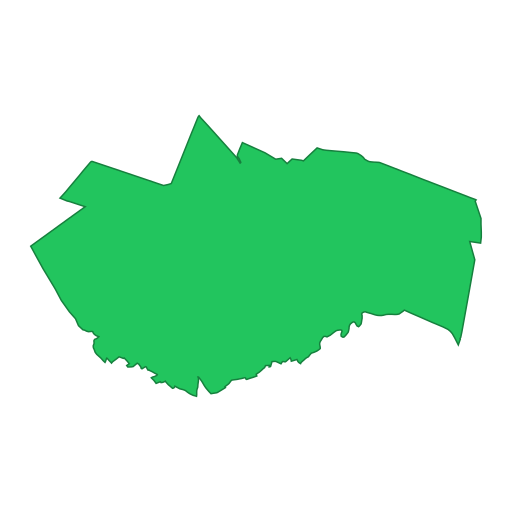 outline of Horodnic De Jos, Suceava, Romania
{"feature_id": "2599482B73585952191723", "entity_name": "Horodnic De Jos", "entity_type": "district", "adm_level": 2, "iso_a3": "ROU", "parent_name": "Romania", "parent_adm1": "Suceava", "projection": "mercator", "projection_center": [25.836, 47.87], "detail": "fine", "context": "isolated", "style": "filled", "palette": "green", "viewbox_px": 512, "rotation_deg": 0, "n_neighbors": 0, "source": "geoboundaries", "source_scale": "gbopen_adm2", "svg_char_len": 4798}
<svg xmlns="http://www.w3.org/2000/svg" viewBox="0 0 512 512"><path d="M480.6,243.1L481.3,237.2L481.3,232.1L481.0,224.3L481.0,218.5L475.2,201.2L475.6,200.5L476.1,199.9L475.1,199.4L469.9,197.5L450.8,190.1L443.6,187.3L422.7,179.3L411.6,174.9L401.2,170.9L388.4,165.9L386.6,165.2L380.6,162.9L379.2,162.4L375.8,162.2L373.6,162.1L370.5,161.8L368.9,161.5L367.2,160.7L365.3,159.6L364.5,159.1L364.0,158.3L363.3,157.4L361.2,155.6L358.0,153.6L356.6,153.1L355.9,153.0L351.8,152.6L343.1,151.7L334.5,151.0L326.5,150.3L324.2,150.0L322.5,149.7L320.4,149.0L317.1,147.9L310.7,153.9L303.4,160.9L301.6,160.3L292.1,159.0L290.1,160.8L287.1,163.6L281.6,158.3L275.7,159.2L265.0,152.8L242.4,142.6L239.8,148.7L237.4,154.9L237.3,155.8L237.5,156.4L238.2,157.4L239.3,158.9L239.7,160.0L240.5,161.6L240.8,162.4L240.5,162.8L240.1,163.1L236.6,157.6L208.7,126.5L200.7,117.8L199.1,115.7L198.5,116.3L197.7,117.9L193.1,129.3L191.4,133.4L185.0,149.4L175.7,172.6L171.5,183.0L171.1,183.6L168.2,184.5L163.6,185.5L158.2,183.7L142.6,178.4L109.7,167.3L92.1,161.4L91.4,161.5L90.9,161.8L90.1,162.6L88.5,164.5L83.4,170.5L79.1,175.8L68.6,188.3L66.0,191.5L60.0,198.1L67.1,201.0L68.5,201.3L70.0,201.7L77.6,204.2L83.7,206.2L85.2,206.7L67.6,219.4L30.7,246.2L32.0,248.5L35.9,255.7L43.1,268.8L55.1,288.7L61.3,300.4L69.4,311.8L75.5,318.7L78.5,325.7L82.9,329.8L84.7,330.2L86.4,331.1L88.4,331.7L89.5,331.6L91.9,331.4L92.7,331.6L93.2,332.9L94.4,334.4L96.3,335.7L98.8,336.7L98.2,337.3L97.6,337.9L96.2,338.8L94.6,339.4L93.9,340.8L94.0,342.0L94.1,343.3L93.2,345.9L93.4,347.8L94.2,349.5L95.2,352.3L96.7,354.3L98.8,356.2L100.7,357.9L102.5,359.9L103.3,360.8L105.0,362.4L105.1,362.2L105.5,361.5L105.8,360.6L106.1,359.7L106.4,358.8L106.8,358.1L107.0,358.2L109.1,360.5L111.1,362.6L111.5,363.1L112.4,362.0L113.2,361.3L113.9,360.8L115.7,359.5L117.6,358.0L119.1,356.8L123.4,358.4L124.2,358.0L126.8,360.7L129.3,363.7L126.7,365.5L127.8,367.0L131.2,366.9L133.1,366.6L135.3,364.8L137.2,363.2L137.7,363.6L138.7,364.0L139.5,365.2L140.3,366.2L141.1,367.6L141.2,368.4L142.0,368.8L143.6,367.8L145.5,366.7L146.3,367.0L147.2,368.8L148.1,370.2L149.0,370.0L149.6,370.5L152.2,371.7L154.4,373.0L157.3,374.5L156.8,375.4L154.6,376.5L152.4,377.1L151.3,377.8L153.9,380.4L155.1,382.0L156.1,383.4L160.4,381.7L161.0,382.6L162.6,382.4L164.2,381.8L165.3,381.1L165.7,381.8L168.3,384.7L170.0,386.1L172.5,388.3L173.1,388.2L174.1,387.7L174.7,386.8L174.9,386.2L180.0,388.9L181.4,389.2L183.0,389.6L184.4,390.1L185.5,390.6L186.6,391.5L188.5,392.9L190.1,393.9L192.4,395.0L193.3,395.4L194.9,395.8L195.9,396.1L196.5,396.3L196.7,395.0L196.7,393.1L196.7,391.8L196.8,390.2L197.0,389.4L197.7,387.4L197.8,386.6L197.9,384.8L198.1,383.2L198.4,381.1L198.5,378.8L198.3,377.8L198.0,377.0L198.3,377.0L198.7,377.2L199.3,377.9L200.3,379.3L201.7,381.2L202.9,383.2L204.1,385.3L205.7,387.7L207.1,389.4L208.9,391.5L211.0,393.7L213.2,393.3L216.5,392.8L217.7,392.4L218.2,392.0L220.1,390.9L224.0,388.5L225.4,387.6L224.9,387.0L224.8,386.8L224.9,386.7L228.2,384.2L229.0,383.5L230.8,381.1L231.5,380.3L232.0,380.1L233.8,379.8L237.1,379.4L239.5,378.9L241.7,378.5L244.3,377.8L245.1,377.7L245.5,378.0L245.8,378.8L246.1,379.2L246.4,379.4L247.1,379.3L249.9,378.3L253.2,377.3L256.8,376.0L256.2,374.2L259.1,372.3L261.6,370.2L262.8,369.0L264.6,367.6L265.5,365.6L269.3,365.4L269.1,366.9L270.0,366.8L270.6,366.4L272.0,361.6L274.4,361.4L275.6,361.4L276.7,361.8L281.0,363.8L281.7,362.7L282.3,361.8L282.8,361.5L283.7,361.6L284.7,361.8L285.4,361.8L286.0,361.4L287.9,359.7L290.1,357.8L290.4,358.3L290.9,359.3L291.2,360.6L291.3,361.2L293.7,360.5L296.9,359.5L297.5,360.7L298.0,361.6L298.7,362.4L299.5,363.0L300.6,363.6L301.0,362.6L302.6,361.1L303.7,360.2L305.3,358.7L306.6,357.7L308.4,356.8L309.9,354.8L311.3,353.2L314.0,352.3L316.8,351.1L319.0,349.6L320.2,348.6L320.2,347.2L319.7,344.6L319.7,342.9L320.4,341.3L321.2,340.1L322.6,337.7L323.9,336.4L325.5,336.4L327.0,336.9L328.5,336.1L330.1,335.3L332.3,333.6L333.8,332.4L336.0,330.8L337.5,330.3L340.3,329.9L341.7,330.3L342.0,331.5L341.3,333.2L341.0,334.6L341.2,336.2L342.6,337.1L343.9,337.1L345.6,335.5L347.2,333.5L348.1,332.3L348.5,331.1L349.0,328.8L349.1,326.9L349.5,325.4L350.4,323.9L352.6,322.2L353.9,321.8L355.2,322.7L356.1,324.4L357.1,326.0L358.6,326.7L359.6,325.8L361.1,323.9L361.5,322.0L361.7,320.6L362.1,318.3L362.1,315.6L361.7,313.9L362.3,312.8L363.9,312.0L365.4,311.8L366.9,312.4L368.1,312.7L368.7,312.9L371.0,313.5L373.4,314.3L375.3,314.9L377.7,315.4L379.7,315.5L381.6,315.5L383.4,315.2L386.1,314.5L388.4,314.3L391.6,314.3L395.0,314.5L397.1,314.4L399.1,314.0L400.5,313.0L403.1,311.2L404.3,310.1L408.5,312.0L410.9,313.1L419.7,316.9L432.9,322.7L435.4,323.7L443.2,327.0L448.0,329.4L450.3,331.3L452.3,333.6L454.8,338.0L458.3,344.9L460.3,339.2L460.0,338.6L460.7,337.4L461.9,331.7L468.4,295.7L474.8,259.8L469.7,241.5L480.6,243.1Z" fill="#22c55e" stroke="#15803d" stroke-width="1.5"/></svg>